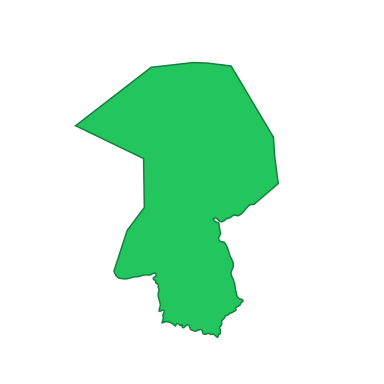 San Rafael, Lempira, Honduras (Albers equal-area conic projection), rotated 229°
{"feature_id": "27666195B54610294304045", "entity_name": "San Rafael", "entity_type": "district", "adm_level": 2, "iso_a3": "HND", "parent_name": "Honduras", "parent_adm1": "Lempira", "projection": "albers", "projection_center": [-88.427, 14.711], "detail": "fine", "context": "isolated", "style": "filled", "palette": "green", "viewbox_px": 384, "rotation_deg": 229, "n_neighbors": 0, "source": "geoboundaries", "source_scale": "gbopen_adm2", "svg_char_len": 5536}
<svg xmlns="http://www.w3.org/2000/svg" viewBox="0 0 384 384"><g transform="rotate(229 192 192)"><path d="M261.4,304.2L279.2,288.2L286.8,280.1L289.0,277.7L312.9,243.0L318.4,147.6L249.0,177.4L211.6,145.9L205.5,117.8L183.6,81.3L181.5,80.5L179.3,79.9L179.0,79.9L178.4,79.8L178.1,79.8L176.6,80.0L175.3,80.2L175.1,80.3L174.7,80.5L174.4,80.7L173.4,81.6L171.9,82.9L170.7,84.1L169.9,85.0L169.2,86.0L168.6,87.0L168.1,87.9L167.4,89.5L167.0,90.4L166.6,91.1L165.6,93.0L164.6,94.4L164.3,94.9L163.8,95.3L163.6,95.6L163.1,96.3L162.8,97.0L162.3,98.3L161.9,99.1L161.3,100.4L160.3,102.0L160.1,102.3L159.7,102.8L158.0,104.6L156.8,106.0L156.7,106.1L156.6,106.4L156.5,107.0L156.4,107.6L156.2,108.6L156.1,109.1L155.7,109.8L155.3,110.5L154.9,111.0L154.6,111.2L154.1,111.2L153.8,111.0L153.5,110.9L153.1,110.7L152.8,110.5L152.6,110.3L152.5,110.1L152.4,109.6L152.3,109.0L152.4,108.5L152.5,107.5L152.6,107.1L152.6,106.7L152.4,106.3L152.3,106.1L152.2,106.0L151.9,105.9L151.6,105.7L151.3,105.7L151.0,105.7L150.6,105.8L150.1,106.0L149.8,106.1L149.3,106.2L148.9,106.2L148.7,106.2L148.5,105.9L148.4,105.6L148.1,105.4L147.9,105.3L147.6,105.2L147.1,105.1L146.9,105.2L146.6,105.2L145.8,105.5L145.4,105.6L144.8,105.7L144.4,105.7L144.1,105.7L143.9,105.6L143.7,105.4L143.0,104.7L142.2,103.9L139.9,103.1L139.6,102.9L139.4,102.8L139.2,102.2L139.0,101.8L138.5,101.1L137.7,100.1L137.3,99.7L136.9,99.2L136.4,98.8L135.9,98.4L135.5,98.1L134.9,97.8L128.8,94.8L128.2,94.5L127.7,94.1L127.1,93.6L126.7,93.1L126.4,92.7L126.0,91.9L125.7,91.4L124.7,90.1L124.5,89.9L124.2,89.6L123.8,89.2L123.5,89.0L123.4,89.0L123.0,89.5L122.8,90.0L122.5,91.1L122.3,91.8L122.1,92.3L121.9,92.6L121.6,92.9L121.3,93.0L121.1,93.0L120.9,93.0L120.7,93.0L120.3,92.8L119.9,92.4L119.5,91.9L119.2,91.3L118.9,90.6L118.7,90.2L118.5,89.8L118.2,89.3L117.8,88.9L117.5,88.6L117.1,88.5L116.7,88.4L116.2,88.2L113.8,85.2L113.6,85.0L113.5,84.5L113.3,84.1L113.2,83.7L112.9,83.6L112.7,83.8L112.5,84.4L112.1,85.4L111.9,86.3L111.8,86.7L111.6,86.9L111.4,87.2L110.7,87.9L109.7,88.7L108.9,89.4L108.4,89.7L108.0,89.9L106.8,90.3L104.9,91.0L104.4,91.1L103.5,91.2L102.9,91.2L102.3,91.4L102.0,91.5L101.9,91.5L101.9,92.1L102.1,92.5L102.4,93.3L102.5,93.9L102.5,94.2L102.4,94.5L102.3,94.8L102.1,95.0L101.7,95.2L101.3,95.3L100.8,95.4L100.2,95.3L99.9,95.3L99.3,95.4L99.0,95.5L98.8,95.6L98.7,95.7L98.6,95.8L98.6,96.4L98.4,96.8L98.0,97.6L97.8,97.6L97.5,97.2L96.9,96.3L96.7,96.1L96.3,96.0L95.9,96.0L95.6,96.1L95.3,96.3L95.2,96.5L95.0,96.9L95.0,97.1L95.0,98.0L95.1,99.8L95.1,100.4L95.0,101.0L94.9,101.4L94.7,101.6L94.4,101.8L94.1,102.0L93.8,102.1L93.4,102.2L93.0,102.2L92.6,102.1L92.3,102.0L91.8,101.8L91.1,101.5L90.7,101.3L90.1,101.1L89.5,100.9L89.1,100.8L88.8,100.9L88.5,100.9L88.1,101.1L87.8,101.3L87.6,101.4L87.2,101.8L87.0,102.0L86.8,102.1L86.0,102.4L85.4,102.7L84.9,103.1L84.6,103.4L84.4,103.8L84.2,104.3L83.5,106.4L83.0,107.7L82.8,108.2L82.6,108.4L82.5,108.5L82.1,108.7L81.8,108.8L81.5,108.8L81.1,108.8L80.7,108.7L80.3,108.5L79.2,107.9L78.5,107.6L78.1,107.5L77.7,107.5L77.4,107.6L77.2,107.6L76.8,107.8L76.5,108.1L76.1,108.5L75.7,109.0L75.5,109.3L75.4,109.6L75.2,110.3L75.1,110.7L74.8,111.1L74.5,111.5L74.1,111.9L73.6,112.3L73.2,112.5L72.6,112.6L72.4,112.7L72.1,112.9L71.8,113.2L71.5,113.6L71.3,113.9L71.3,114.3L71.3,114.7L71.2,114.8L71.0,115.0L70.6,115.1L66.3,115.6L65.9,115.7L65.7,115.9L65.6,116.0L65.7,116.6L65.8,116.9L65.9,117.2L66.4,117.6L66.7,118.0L66.9,118.3L67.0,118.5L66.9,119.0L66.6,119.4L66.5,119.5L66.5,119.9L66.6,120.3L66.9,120.9L67.2,121.2L68.0,121.8L68.7,122.5L69.0,122.8L69.5,123.0L69.9,123.2L70.8,123.5L71.2,123.7L71.5,124.0L71.8,124.4L72.1,125.3L72.2,126.0L72.2,126.7L72.3,126.8L72.3,127.0L74.8,129.6L75.2,130.0L75.3,130.3L75.5,132.8L75.7,134.0L76.0,134.7L76.2,135.1L76.4,135.4L76.5,135.7L76.5,136.0L76.4,136.3L76.3,136.7L75.9,137.7L75.7,138.3L75.6,138.9L75.6,139.8L75.6,140.4L75.5,141.1L75.4,141.6L75.1,142.4L74.7,143.5L74.5,144.3L74.2,145.9L74.1,146.6L74.1,147.4L74.2,147.9L74.3,148.1L74.7,148.2L75.2,148.3L75.5,148.3L75.8,148.4L76.0,148.8L76.0,149.4L76.0,149.8L75.3,152.6L75.2,153.5L75.2,153.8L75.2,154.2L75.3,154.4L75.4,154.6L75.7,155.0L75.8,155.3L76.1,155.9L76.2,156.4L76.2,158.9L76.2,159.0L76.5,159.2L76.9,159.3L77.3,159.2L78.3,159.1L78.8,159.1L79.7,157.9L81.9,157.5L83.1,157.6L84.8,158.0L85.9,158.8L87.9,159.8L89.4,160.5L91.2,161.7L92.6,162.5L95.0,164.1L96.9,164.9L98.9,165.8L100.9,166.3L103.3,167.0L105.1,168.1L106.4,169.7L107.4,172.0L108.4,173.8L109.8,175.4L112.0,176.9L114.4,177.6L118.8,178.7L122.1,180.2L125.1,181.5L128.9,182.8L131.9,183.3L133.3,183.2L133.9,182.7L134.7,182.0L135.6,181.3L136.8,180.7L137.5,180.9L138.2,180.9L138.5,181.0L138.9,181.2L139.3,181.4L139.7,181.8L139.9,182.1L140.2,182.6L140.4,183.0L141.5,185.9L141.7,186.2L141.9,186.4L142.3,186.7L143.7,187.4L145.2,188.2L147.7,189.7L150.2,191.3L150.7,191.6L151.1,191.8L151.3,191.8L152.1,191.4L152.8,190.8L153.3,190.6L154.0,190.4L154.8,190.2L156.0,190.1L156.8,190.2L157.6,190.3L157.8,190.5L157.9,190.8L157.8,191.2L157.4,191.9L157.3,192.1L157.3,192.5L157.2,192.7L157.0,192.9L156.8,193.1L156.4,193.2L156.0,193.3L152.6,193.6L151.9,193.6L151.7,193.6L151.3,193.8L150.8,194.1L150.5,194.4L150.2,194.7L149.9,195.4L149.5,196.2L149.3,196.5L149.2,196.9L149.2,197.4L149.2,198.3L149.3,199.7L149.2,200.1L149.1,200.6L149.0,200.9L148.8,201.4L147.9,203.1L147.7,203.6L147.6,204.0L147.4,207.3L147.2,208.4L146.5,209.1L145.7,209.7L145.0,210.4L144.0,211.0L143.6,212.0L143.3,214.1L143.1,215.8L143.5,218.8L144.0,222.2L144.5,226.5L143.8,228.3L143.0,229.4L142.0,230.5L141.8,262.6L164.5,277.7L179.9,289.4L261.4,304.2Z" fill="#22c55e" stroke="#15803d" stroke-width="1.5"/></g></svg>